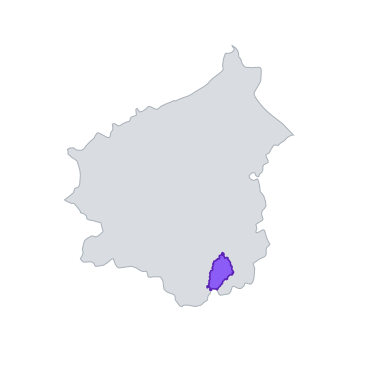 Polotsk, Vitebsk, Belarus shown in context, rotated 143°
{"feature_id": "67162791B45929653886900", "entity_name": "Polotsk", "entity_type": "district", "adm_level": 2, "iso_a3": "BLR", "parent_name": "Belarus", "parent_adm1": "Vitebsk", "projection": "albers", "projection_center": [28.82, 55.497], "detail": "fine", "context": "in_parent", "style": "filled", "palette": "violet", "viewbox_px": 384, "rotation_deg": 143, "n_neighbors": 0, "source": "geoboundaries", "source_scale": "gbopen_adm2", "svg_char_len": 8632}
<svg xmlns="http://www.w3.org/2000/svg" viewBox="0 0 384 384"><g transform="rotate(143 192 192)"><path d="M298.5,262.5L293.3,262.4L287.0,262.8L283.6,265.4L279.7,264.3L277.0,265.8L271.0,272.7L268.7,276.4L266.5,282.0L265.2,286.2L266.0,289.1L267.2,291.8L267.6,294.7L268.2,296.9L266.7,298.6L265.9,301.0L263.2,300.7L259.9,298.5L259.1,295.2L256.6,292.9L254.9,291.7L252.2,291.6L247.9,292.8L242.2,293.7L237.9,293.9L235.6,295.1L232.1,296.3L230.8,295.0L228.9,291.2L227.3,287.5L226.2,285.9L225.2,285.4L224.1,285.5L222.8,286.7L221.8,287.9L218.2,289.3L216.6,290.7L214.9,294.1L213.8,293.8L212.6,293.1L211.2,289.2L209.3,288.3L206.3,288.2L202.6,287.4L199.6,286.2L198.5,286.5L196.7,288.1L194.8,288.3L190.6,286.8L189.7,287.5L187.2,291.7L186.1,291.9L185.4,291.3L185.8,287.6L183.4,286.3L179.2,286.0L176.3,286.5L174.9,286.3L174.2,285.6L170.7,279.3L168.9,278.8L165.5,279.1L160.5,278.2L154.8,276.6L151.7,276.0L150.1,274.5L146.6,273.9L137.2,271.0L133.4,270.3L127.7,270.0L119.1,269.0L113.5,269.1L110.9,269.8L107.9,270.2L97.6,270.3L93.9,270.7L92.7,272.0L91.4,274.7L86.8,279.3L82.4,282.3L81.6,282.6L79.3,280.7L77.4,279.9L75.0,279.6L73.3,280.0L72.2,280.7L72.1,284.5L71.8,284.9L70.3,280.2L70.8,276.2L71.9,273.9L73.3,271.9L73.1,268.7L74.6,264.7L74.8,261.7L74.4,260.3L73.5,258.7L71.0,256.9L69.9,255.5L66.5,253.5L63.1,251.0L62.6,249.6L62.8,248.8L63.6,247.4L66.6,243.6L69.8,239.9L71.8,238.5L82.1,234.2L83.8,232.5L84.4,229.6L84.6,223.6L84.4,218.1L84.0,214.2L82.6,207.0L78.6,192.0L76.7,176.5L78.6,177.6L83.2,178.2L86.9,177.5L88.8,177.4L90.5,177.9L95.4,177.4L96.5,178.8L98.5,180.2L102.9,178.7L106.8,176.8L110.6,177.2L111.2,176.2L112.5,170.9L113.7,169.8L118.3,170.6L120.1,169.7L122.0,167.1L124.8,165.6L127.1,165.7L129.6,164.0L130.7,165.3L131.1,167.5L130.2,169.3L130.6,170.0L132.2,171.0L135.0,171.1L136.8,170.4L137.3,169.4L137.4,167.5L137.0,165.8L135.9,164.3L133.7,163.4L132.1,163.3L131.9,162.3L132.5,160.3L134.1,156.7L135.9,153.4L137.0,152.1L137.2,151.0L137.1,148.9L137.2,145.3L139.0,140.2L141.2,136.4L143.9,135.3L147.2,134.7L149.4,133.0L150.5,130.9L151.6,127.6L152.6,127.0L160.5,127.7L161.9,124.4L162.6,123.5L164.1,122.6L165.2,121.4L164.8,120.5L162.8,119.8L158.1,119.2L157.2,118.0L157.5,116.7L158.9,113.4L160.3,109.0L161.0,105.6L161.1,103.6L161.8,103.1L165.7,102.6L167.0,101.9L170.4,97.4L172.9,96.6L179.3,98.0L182.3,97.9L186.1,98.3L186.4,97.9L187.8,93.3L194.3,86.0L197.7,83.5L199.9,83.0L200.6,83.1L204.0,87.0L204.8,87.2L207.1,85.6L211.0,85.5L212.8,86.8L215.4,91.6L216.7,92.2L220.6,89.5L222.7,88.6L224.1,88.6L231.3,92.3L231.9,93.5L231.9,94.9L230.8,99.2L232.3,101.9L234.1,103.7L237.8,100.6L239.2,99.8L240.7,99.7L242.7,98.6L244.1,96.9L245.5,96.3L248.2,96.7L252.9,96.2L258.6,98.7L259.1,99.5L262.0,102.5L263.0,104.0L264.0,104.4L265.5,105.9L267.5,106.8L268.9,106.4L269.6,106.9L270.2,108.1L270.4,110.1L270.3,115.8L268.4,118.9L268.1,119.9L268.3,121.2L270.0,123.6L272.2,127.4L272.7,129.6L272.8,131.3L270.1,136.3L269.1,137.5L268.6,139.9L268.3,142.4L268.5,143.4L273.4,147.2L277.0,149.2L277.9,150.2L278.0,150.8L276.2,155.1L276.1,156.2L279.0,157.9L280.7,160.6L282.2,165.0L285.1,169.2L295.6,175.0L296.5,176.1L296.9,177.5L296.7,180.4L295.0,186.1L296.8,186.8L301.4,186.4L306.9,186.8L313.7,190.5L313.8,192.2L313.2,193.9L313.8,195.6L314.6,197.0L320.6,201.1L321.2,202.3L321.4,204.5L321.3,206.0L319.8,206.5L318.0,207.3L315.2,209.3L314.2,212.1L309.7,216.0L306.8,217.8L304.5,218.0L298.9,217.5L296.9,215.7L296.0,214.1L293.9,213.4L291.0,213.5L287.2,213.9L286.4,214.5L285.8,216.5L284.3,220.1L283.2,222.1L288.4,228.8L291.0,231.6L291.9,233.3L291.9,234.6L290.8,236.1L291.1,239.0L293.6,242.8L292.8,243.4L292.8,248.2L293.0,253.3L293.7,254.5L295.1,255.4L296.3,257.3L298.3,261.4L298.5,262.5Z" fill="#d9dde1" stroke="#a8b0b8" stroke-width="1"/><path d="M235.6,101.8L235.2,102.2L234.4,102.7L234.1,102.8L233.7,102.5L233.0,101.6L232.4,101.0L231.9,100.5L231.5,100.4L231.1,100.4L230.8,100.2L230.7,99.8L230.9,99.3L230.9,98.9L230.2,98.9L229.7,99.0L229.3,99.1L229.1,99.4L228.8,99.7L228.6,99.7L227.7,99.8L227.3,99.8L226.0,99.9L225.8,99.9L225.5,100.1L225.4,100.5L225.2,100.5L223.2,100.5L222.9,100.7L222.9,100.8L222.7,100.9L222.4,100.9L222.4,101.0L222.3,101.3L222.3,101.5L222.2,101.6L221.8,101.8L221.5,101.8L221.3,102.0L221.1,102.0L220.8,102.0L220.4,102.1L219.9,102.2L219.7,102.2L219.1,102.4L218.5,102.5L218.1,102.7L217.8,102.7L217.7,102.6L217.5,102.4L217.4,102.3L217.4,102.2L217.4,101.8L217.4,101.5L217.3,101.4L217.1,101.3L216.9,101.3L216.6,101.2L216.4,101.2L216.3,101.5L216.1,101.6L215.9,101.6L215.7,101.5L215.4,101.9L215.2,102.0L215.1,102.4L215.0,102.5L214.6,102.5L214.2,102.7L213.8,102.7L213.6,102.7L213.3,102.9L213.1,103.0L212.8,103.0L212.6,102.9L212.4,102.9L212.2,102.9L211.9,103.0L211.7,103.0L211.1,102.6L210.7,102.6L210.4,102.6L210.3,102.4L210.3,102.0L210.2,101.8L210.1,101.7L209.7,101.7L209.1,101.9L208.5,102.0L208.2,102.2L208.1,102.3L208.2,102.5L208.3,102.7L208.4,102.8L208.5,102.8L208.6,103.1L208.4,103.3L208.0,103.3L207.8,103.3L207.7,103.2L207.6,102.9L207.4,102.8L207.2,102.8L206.9,103.0L206.9,103.3L207.2,103.5L207.1,103.9L207.0,104.1L206.7,104.4L206.7,104.5L206.7,104.9L206.7,105.0L206.9,105.3L207.0,105.5L207.0,105.8L206.9,106.0L206.6,106.4L206.4,106.6L206.3,107.0L206.0,107.3L205.7,107.3L205.5,107.5L205.4,107.8L205.0,108.2L204.9,108.3L204.8,108.5L204.8,108.9L205.1,109.2L205.2,109.3L205.4,109.4L205.5,109.5L205.6,109.8L205.4,110.0L205.2,110.1L204.9,110.2L204.7,110.4L204.7,110.5L204.8,110.6L204.8,111.0L204.7,111.3L204.4,111.7L204.2,111.9L204.0,112.3L203.7,112.5L203.6,112.9L203.7,113.0L203.8,113.4L203.7,113.8L203.7,114.1L203.7,114.4L203.6,114.8L203.5,115.0L203.6,115.5L203.7,115.9L203.7,116.2L203.7,116.4L203.8,116.5L203.8,116.8L203.7,116.9L203.3,117.2L203.1,117.4L203.0,117.5L202.9,117.7L202.9,118.0L203.0,118.3L203.6,118.5L203.8,118.9L204.1,119.0L204.4,119.0L204.7,118.9L204.9,118.9L205.1,118.9L205.3,119.0L205.5,119.3L205.5,119.5L205.6,119.8L205.3,120.1L205.2,120.3L205.1,120.5L205.1,121.3L204.9,121.6L204.9,121.8L205.0,121.9L205.1,122.1L205.3,122.2L205.4,122.3L205.5,122.4L205.6,122.6L205.6,122.9L205.6,123.0L205.4,123.3L205.1,123.3L204.9,123.1L204.7,122.8L204.4,122.6L204.2,122.8L203.8,123.3L203.7,123.3L203.7,123.5L203.7,123.8L203.7,124.1L203.8,124.2L203.8,124.5L203.9,124.9L204.0,125.1L204.2,125.3L204.4,125.3L204.6,125.3L204.9,125.2L205.0,125.1L205.5,124.8L205.6,124.6L205.9,124.3L206.2,124.2L206.4,124.1L206.6,124.3L206.8,124.3L207.3,124.3L207.6,124.4L207.9,124.6L208.0,124.6L208.4,124.7L208.5,124.7L208.7,124.4L208.7,124.2L209.0,124.0L209.3,123.9L209.4,123.6L209.4,123.3L209.4,123.1L209.5,122.9L209.8,122.9L210.0,122.5L210.0,122.3L210.1,122.2L210.3,122.2L210.5,122.2L210.6,122.3L211.0,122.9L211.3,123.0L211.6,123.3L211.8,123.4L212.0,123.1L212.0,122.9L212.5,122.7L212.8,122.8L213.0,122.9L213.2,123.1L213.5,123.2L213.8,123.2L214.0,123.0L214.1,122.9L214.3,122.8L214.6,122.8L214.8,122.8L215.1,123.0L215.3,123.1L215.6,123.4L215.7,123.5L215.8,123.5L216.1,123.5L216.3,123.4L216.7,123.1L216.9,123.0L217.2,122.8L217.4,122.7L217.6,122.5L217.8,122.3L218.0,122.2L218.3,122.1L218.2,122.0L218.0,121.9L217.9,121.8L217.9,121.7L218.0,121.5L218.3,121.5L218.5,121.6L218.9,121.4L219.0,121.2L219.3,120.8L219.7,120.3L219.9,120.1L220.1,120.1L220.4,120.1L220.6,120.0L220.7,119.9L221.0,119.5L221.2,119.4L221.4,119.3L221.6,119.3L221.8,119.0L221.7,118.9L221.7,118.6L221.7,118.4L221.8,118.2L221.8,117.9L221.9,117.7L222.1,117.5L222.4,117.4L222.7,117.4L222.8,117.4L223.0,117.4L223.2,117.5L223.5,117.5L224.0,117.7L224.1,117.8L224.5,117.8L224.7,117.7L224.8,117.6L225.0,117.3L225.1,117.1L225.3,117.0L225.4,116.9L225.8,116.9L226.3,116.8L226.7,116.5L226.9,116.3L227.0,116.1L227.0,115.9L227.1,115.6L227.3,115.3L227.4,115.0L227.5,114.8L227.7,114.6L227.8,114.2L228.0,114.0L228.2,113.9L228.7,113.9L229.0,113.9L229.2,113.6L229.3,113.4L229.4,113.2L229.5,112.9L229.7,112.3L229.7,111.9L229.8,111.6L230.0,111.4L230.4,111.3L231.3,111.2L231.7,111.1L231.8,111.0L232.0,110.8L232.0,110.6L232.1,110.4L232.1,110.2L232.2,109.8L232.3,109.4L232.4,109.2L232.6,109.1L232.8,109.1L233.1,109.1L233.3,109.1L233.6,109.1L233.9,108.8L234.1,108.4L234.1,107.9L234.2,107.4L234.4,107.3L234.7,107.3L234.8,107.2L235.0,106.9L235.2,107.0L235.3,107.0L235.5,107.1L235.8,107.3L235.9,107.5L236.0,107.7L236.2,107.8L236.6,107.8L236.8,107.7L237.0,107.3L237.3,106.9L237.4,106.7L237.5,106.5L237.3,106.2L237.2,106.2L237.0,106.3L236.8,106.3L236.6,106.2L236.4,106.0L236.1,106.1L236.0,106.3L235.8,106.3L235.7,106.2L235.3,105.9L235.2,105.7L235.2,105.3L235.2,105.0L235.3,104.7L235.4,104.4L235.7,104.1L236.3,103.7L236.5,103.5L236.6,103.4L236.7,103.2L236.7,102.9L236.6,102.6L236.4,102.5L236.2,102.8L236.1,103.0L235.9,103.1L235.7,103.0L235.6,102.8L235.7,102.6L235.9,102.4L235.9,102.2L235.8,101.9L235.6,101.8Z" fill="#8b5cf6" stroke="#5b21b6" stroke-width="1.5"/></g></svg>